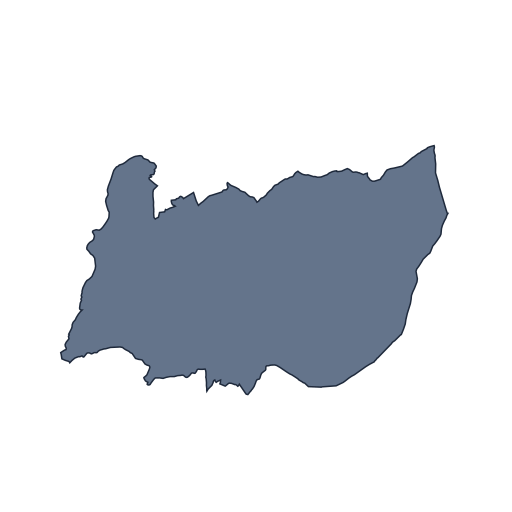 the district of Simijaca, Cundinamarca, Colombia, rotated 24°
{"feature_id": "7082276B8472731390370", "entity_name": "Simijaca", "entity_type": "district", "adm_level": 2, "iso_a3": "COL", "parent_name": "Colombia", "parent_adm1": "Cundinamarca", "projection": "natural_earth1", "projection_center": [-73.855, 5.515], "detail": "fine", "context": "isolated", "style": "filled", "palette": "slate", "viewbox_px": 512, "rotation_deg": 24, "n_neighbors": 0, "source": "geoboundaries", "source_scale": "gbopen_adm2", "svg_char_len": 6127}
<svg xmlns="http://www.w3.org/2000/svg" viewBox="0 0 512 512"><g transform="rotate(24 256 256)"><path d="M414.0,139.0L413.5,139.2L413.2,139.0L410.9,136.5L395.7,118.7L391.3,113.0L386.2,107.1L382.7,98.8L379.5,93.4L378.9,91.7L378.4,90.9L377.2,89.6L375.9,87.7L375.4,86.8L374.7,83.9L373.8,82.7L370.6,85.3L369.2,86.7L368.5,87.5L368.6,88.2L364.5,93.4L364.0,95.0L362.7,96.2L360.0,101.2L359.0,102.5L356.1,108.7L353.2,114.3L346.4,119.5L343.4,121.5L340.7,124.1L340.0,126.7L339.6,130.3L338.6,133.4L338.5,135.3L333.9,139.4L332.0,140.3L329.3,140.1L327.4,138.9L326.9,138.8L325.3,137.7L324.0,135.1L322.9,135.9L320.9,138.0L316.1,138.0L315.6,138.3L314.2,138.3L312.9,138.7L310.9,139.9L309.8,140.0L306.4,139.0L303.9,139.0L301.8,141.2L299.7,143.7L296.3,145.7L295.3,145.9L295.0,145.4L293.3,146.4L291.4,147.9L289.1,150.5L288.1,152.5L287.5,153.3L286.6,154.0L283.4,157.3L281.8,158.2L280.2,159.0L277.6,159.4L276.2,160.1L270.5,160.7L268.8,161.7L266.4,162.3L264.5,162.4L261.4,162.0L259.8,161.5L258.4,163.7L257.9,165.2L257.6,167.4L257.3,168.5L254.7,170.7L254.0,171.9L252.9,173.2L252.0,173.4L251.1,174.1L247.5,179.7L246.9,181.4L244.5,183.7L243.8,185.5L243.3,188.4L242.8,189.5L242.1,190.7L240.8,194.1L240.6,196.0L239.2,199.0L238.5,200.0L237.4,200.9L236.9,201.8L236.0,204.9L235.0,206.5L234.3,205.9L230.3,203.5L228.5,203.6L226.8,204.2L226.3,204.2L224.5,203.9L219.9,202.3L217.0,202.7L214.9,202.7L213.1,201.9L209.6,201.6L204.5,201.7L203.1,201.4L200.6,200.6L200.1,200.6L200.1,201.6L200.9,202.9L201.3,203.5L202.2,204.1L202.5,204.5L202.4,206.5L201.9,207.6L200.1,208.6L199.6,209.0L199.2,209.6L199.0,211.0L198.6,211.6L190.5,218.8L189.4,219.6L188.3,221.2L185.5,227.8L184.1,230.2L182.8,233.2L179.0,230.0L173.1,223.4L166.4,233.1L165.2,232.3L163.1,232.1L162.7,232.3L162.2,233.0L161.8,234.7L160.0,236.1L159.8,237.3L156.0,239.5L156.3,240.4L157.4,241.9L158.8,243.1L160.2,243.3L160.8,243.1L162.0,243.4L159.8,245.7L158.1,247.1L155.9,249.9L155.1,250.3L154.4,250.3L154.6,252.8L150.2,255.5L151.1,260.4L150.3,261.2L148.9,263.2L147.1,262.3L145.2,258.8L144.5,256.9L144.2,256.5L143.7,255.1L141.8,251.6L140.5,248.4L137.6,243.4L136.0,239.8L135.4,237.3L135.5,236.9L137.4,232.0L134.1,231.3L127.6,229.4L127.0,229.0L126.6,228.3L126.6,227.7L128.4,226.3L128.3,225.8L126.6,225.6L126.6,225.1L126.9,224.6L129.1,223.4L129.4,223.0L129.4,221.8L129.0,220.8L129.2,219.6L128.0,218.6L128.7,216.5L128.7,215.8L128.3,214.4L125.7,212.9L124.9,212.6L121.2,213.4L118.2,212.2L114.4,212.6L113.5,212.5L112.7,212.2L111.6,211.3L110.2,211.2L109.2,211.5L108.1,212.2L105.3,214.0L104.2,215.0L101.5,218.2L100.4,219.9L98.4,223.8L96.8,226.1L94.1,228.5L93.5,230.1L92.3,231.4L91.7,233.7L91.3,235.6L91.5,238.1L92.3,244.8L92.7,252.2L93.3,256.0L94.3,257.8L95.5,259.1L96.0,260.8L95.7,264.6L96.4,267.2L98.8,270.4L102.5,274.6L104.1,275.7L105.7,279.9L106.0,281.4L105.7,284.8L105.2,287.7L104.4,291.7L103.6,294.2L102.3,296.2L99.3,297.0L97.2,298.9L96.7,299.7L96.9,300.6L99.7,302.7L100.4,303.9L100.9,306.9L100.2,308.8L98.6,311.2L97.9,313.4L97.7,315.2L98.1,317.4L98.8,318.6L101.4,319.7L104.0,321.3L106.7,321.8L109.5,323.6L113.6,330.5L114.4,333.5L114.5,341.4L113.1,344.8L111.5,347.2L111.0,349.5L110.8,355.3L111.2,357.9L111.5,359.2L112.0,360.1L112.5,363.5L113.6,364.3L113.6,366.6L114.6,367.4L114.6,370.5L116.0,375.3L116.5,376.1L117.1,376.4L118.1,376.5L119.1,376.1L118.2,378.4L117.4,381.5L116.9,385.3L116.9,387.7L115.9,391.0L116.0,393.5L116.7,395.3L117.0,397.2L116.7,403.6L117.2,403.7L117.5,404.5L117.3,405.6L118.8,407.7L117.7,411.9L117.6,414.4L118.4,415.9L120.2,417.4L120.5,418.8L119.5,419.7L118.6,421.0L116.9,423.7L118.1,425.2L120.5,428.9L124.2,428.9L127.3,428.5L128.5,428.6L129.3,429.3L130.4,426.2L132.0,423.0L134.1,420.8L135.0,420.0L136.0,419.7L137.6,418.1L138.3,418.1L139.2,418.6L139.8,418.2L141.0,413.8L141.4,413.2L142.4,412.6L143.3,412.3L145.3,412.4L146.3,411.6L147.4,410.1L149.8,409.1L150.1,408.7L150.7,406.9L152.0,405.2L153.5,404.0L155.1,402.5L155.4,402.5L156.5,401.8L160.1,398.8L168.8,394.4L171.3,393.8L172.5,394.2L174.8,394.6L178.9,394.8L180.5,395.4L182.5,395.4L187.6,398.6L190.7,398.2L193.5,397.4L194.5,397.4L198.5,399.8L200.8,400.0L203.0,399.7L203.7,400.1L204.3,400.8L204.6,402.7L204.7,408.9L204.0,410.7L203.0,412.6L203.6,413.5L205.7,415.0L206.9,415.3L208.6,415.3L208.7,417.4L209.3,417.7L210.2,417.6L210.9,417.2L211.5,416.5L211.8,414.5L212.7,410.6L213.2,409.1L213.7,408.3L217.4,406.6L220.9,405.6L223.3,403.4L226.4,401.2L230.4,399.4L233.0,397.2L235.8,395.7L236.7,395.0L237.8,394.6L238.7,394.6L240.8,395.3L241.8,395.2L242.6,394.7L243.4,393.4L244.2,391.4L244.6,389.5L245.0,389.0L246.0,388.4L247.3,388.3L248.0,387.9L248.5,385.9L248.5,384.1L248.9,383.2L249.7,382.6L250.7,382.4L253.2,381.3L255.5,380.0L256.4,380.9L257.4,382.3L258.9,385.4L259.4,387.1L260.4,388.4L262.3,391.9L263.4,394.5L265.1,397.4L265.5,398.6L266.1,399.5L266.4,397.0L268.3,392.1L268.3,389.0L268.0,387.8L268.2,386.8L268.8,386.0L269.9,387.1L271.0,387.6L272.0,386.0L274.1,383.7L274.9,386.0L275.0,387.5L280.6,387.4L280.9,387.3L282.7,383.6L283.3,383.0L285.5,382.3L289.0,382.1L289.7,381.7L291.0,381.9L292.3,382.4L292.8,381.6L292.9,379.9L302.3,385.7L303.2,386.2L304.9,385.9L305.4,384.2L305.5,383.4L306.3,381.1L306.5,379.6L306.8,379.1L307.3,376.1L307.2,372.5L307.0,370.3L307.3,368.5L309.1,367.0L309.2,365.7L308.8,362.8L308.8,361.1L309.2,360.0L311.0,356.6L311.1,355.8L310.1,353.3L310.1,352.7L310.3,352.1L312.3,351.0L313.3,350.1L314.8,349.2L317.5,347.9L319.4,347.6L323.2,348.0L330.9,349.4L335.1,350.0L337.1,350.0L341.0,350.6L344.5,351.2L345.0,351.6L346.0,351.8L349.5,352.2L350.7,352.5L352.2,352.3L357.0,354.0L369.1,349.2L369.5,348.7L382.0,342.0L387.0,336.1L388.2,334.1L390.4,329.9L392.2,327.0L394.2,324.4L401.3,312.4L403.6,309.0L407.1,304.5L407.2,303.3L407.7,302.3L408.3,299.8L408.6,299.6L415.3,281.3L415.7,279.3L417.2,276.9L420.2,269.1L420.7,268.7L420.5,262.9L420.0,257.4L418.8,253.2L417.6,247.0L416.4,236.7L415.3,232.4L414.1,228.9L413.8,225.2L413.9,221.1L413.6,214.2L412.7,211.2L408.4,204.9L408.1,202.5L408.9,199.1L409.6,194.5L410.0,190.9L412.4,184.7L413.6,182.8L413.7,180.5L413.4,175.0L414.3,172.1L415.2,168.1L416.1,163.0L416.1,160.8L414.3,155.5L413.8,152.1L413.8,147.4L414.1,143.9L413.8,141.4L414.0,139.0Z" fill="#64748b" stroke="#1e293b" stroke-width="1.5"/></g></svg>